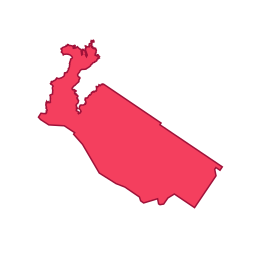 72, Ar Rayyān, Qatar (Mercator projection), rotated 34°
{"feature_id": "91078587B78903366981324", "entity_name": "72", "entity_type": "district", "adm_level": 2, "iso_a3": "QAT", "parent_name": "Qatar", "parent_adm1": "Ar Rayyān", "projection": "mercator", "projection_center": [50.849, 25.539], "detail": "fine", "context": "isolated", "style": "filled", "palette": "rose", "viewbox_px": 256, "rotation_deg": 34, "n_neighbors": 0, "source": "geoboundaries", "source_scale": "gbopen_adm2", "svg_char_len": 5437}
<svg xmlns="http://www.w3.org/2000/svg" viewBox="0 0 256 256"><g transform="rotate(34 128 128)"><path d="M227.9,107.5L152.6,107.5L152.6,105.4L83.4,105.3L83.4,105.6L83.0,105.9L83.0,105.6L82.2,105.8L82.1,106.2L81.5,106.6L81.4,108.3L80.4,108.5L80.4,108.3L79.8,108.4L80.1,109.0L80.3,109.0L80.0,110.6L78.5,111.3L78.6,111.7L79.5,111.8L79.6,112.3L79.8,112.3L80.0,113.1L80.5,114.0L80.8,114.1L80.7,114.8L80.9,115.3L80.2,115.6L79.9,116.1L80.0,116.6L79.2,116.7L79.4,117.3L78.8,117.6L78.8,117.8L78.4,117.8L78.4,118.8L77.9,119.0L78.0,119.6L78.3,119.6L78.5,121.0L78.3,121.8L77.7,121.8L77.7,122.5L77.4,123.4L77.7,125.3L77.4,125.9L77.1,125.9L76.8,126.5L75.9,127.0L76.2,127.9L76.6,128.2L76.6,128.7L77.1,128.7L77.3,129.2L77.8,129.3L78.7,130.2L79.1,130.8L79.3,131.8L79.0,131.8L79.0,132.0L78.7,131.9L78.8,132.4L78.4,133.6L77.8,134.2L76.1,135.3L76.0,136.0L75.7,136.0L76.0,138.0L77.1,139.3L78.8,139.8L79.9,140.6L79.9,140.8L79.6,140.8L79.9,141.6L79.9,142.4L79.0,143.9L78.5,143.7L78.3,142.3L75.4,142.5L75.1,141.7L74.3,140.6L74.9,140.5L75.4,140.1L74.9,140.1L74.2,139.6L74.2,139.4L73.5,139.2L73.0,138.9L72.8,138.4L72.2,138.2L72.0,136.9L72.5,135.8L72.2,134.1L71.6,132.8L70.6,132.7L70.3,132.1L70.0,132.1L69.9,132.4L69.5,132.2L69.5,131.9L68.8,131.6L68.7,131.2L68.9,130.4L68.7,129.5L67.3,129.1L66.5,129.3L66.5,129.5L66.2,129.3L66.1,128.8L65.6,128.8L65.3,129.4L65.1,129.3L65.0,128.8L64.6,129.0L64.6,128.7L63.9,128.4L63.8,127.7L63.4,127.7L63.7,126.8L64.3,126.6L64.3,126.3L61.6,126.3L61.3,127.2L61.1,127.2L59.9,127.0L59.4,126.3L59.6,123.6L60.2,122.2L60.6,119.9L61.3,117.5L61.0,117.2L61.2,116.7L60.5,115.9L60.6,115.4L60.3,115.1L60.4,113.9L60.0,113.2L59.5,113.0L59.2,113.4L58.1,113.2L56.9,112.6L56.4,112.0L56.3,110.3L56.5,108.9L56.2,107.1L56.8,105.4L59.7,103.2L60.1,102.4L60.4,102.3L60.4,101.9L61.5,99.6L62.2,97.3L61.9,96.8L62.0,95.9L62.3,95.3L62.4,94.1L62.5,93.5L63.6,92.1L63.4,91.5L64.1,90.7L64.5,89.5L64.0,88.9L64.0,88.0L64.4,87.7L64.6,87.2L64.3,87.4L64.0,87.1L64.1,86.6L64.6,85.4L64.6,84.8L62.8,84.4L61.9,84.4L61.9,84.2L61.7,84.3L61.6,85.0L62.1,85.7L61.2,85.7L60.4,86.0L60.4,85.7L60.0,85.6L60.1,85.4L59.8,85.3L59.7,84.5L59.2,84.4L59.1,83.8L59.3,83.5L59.2,82.9L58.4,82.1L58.4,81.4L57.3,80.5L56.9,80.4L56.8,80.8L56.2,80.9L56.2,80.2L55.9,80.3L55.5,80.4L55.2,81.0L55.0,81.4L54.3,81.5L53.3,81.4L53.5,80.9L53.2,81.0L52.9,80.2L52.3,80.4L52.3,80.7L52.0,80.6L52.0,80.8L51.7,80.7L51.4,80.4L51.6,80.1L51.4,79.1L50.3,77.3L50.5,76.5L50.7,76.3L50.7,75.8L51.2,75.9L51.1,76.1L51.4,76.0L51.2,75.8L50.6,75.6L50.7,75.2L51.0,74.9L50.4,74.6L50.2,75.2L49.2,75.6L49.3,76.3L49.1,76.7L48.8,76.6L49.0,77.2L49.5,77.5L50.0,78.8L48.9,79.6L48.9,80.2L49.4,80.6L49.5,81.0L50.2,81.4L50.3,82.3L49.8,82.1L49.9,82.5L49.3,83.3L49.1,83.3L48.6,83.6L47.8,83.5L46.7,83.8L46.9,84.1L47.5,84.2L47.8,84.7L48.4,84.7L48.5,85.2L48.3,86.1L48.6,86.7L49.0,86.7L49.9,87.9L50.8,88.3L50.8,88.5L51.1,88.5L51.2,88.8L52.9,89.9L52.8,90.1L53.4,90.6L52.9,90.9L53.4,90.9L53.7,92.1L53.2,91.9L53.2,91.7L52.8,91.7L52.3,91.4L52.1,90.7L51.9,90.7L51.9,90.3L51.3,89.6L51.0,89.6L50.9,89.3L50.7,89.3L50.7,89.0L50.3,89.1L49.6,88.3L48.9,88.1L47.8,88.5L47.3,88.4L47.2,88.0L46.9,88.2L46.9,87.9L46.2,88.3L46.6,89.4L46.8,89.4L47.2,90.3L47.7,90.5L48.4,91.6L49.2,92.3L48.8,93.3L48.1,92.6L48.0,92.1L47.7,92.1L47.3,91.3L46.8,91.2L46.4,90.8L45.8,89.7L44.4,89.2L43.7,89.5L40.5,88.9L40.3,89.5L40.5,89.9L40.4,90.2L40.1,90.3L39.7,91.1L39.1,91.4L38.7,92.1L38.1,92.5L37.7,91.9L37.2,91.6L37.4,91.1L37.9,91.1L38.3,90.5L38.2,90.0L37.8,90.0L38.5,89.9L38.5,89.7L38.2,89.3L37.7,89.2L37.5,89.4L37.8,89.9L37.3,90.1L37.5,90.8L37.2,91.3L36.9,90.9L36.9,90.6L37.3,90.7L37.1,90.5L36.9,90.5L36.3,91.0L34.1,91.8L33.2,92.5L32.3,92.4L32.1,92.2L31.4,92.5L31.5,92.7L31.2,92.9L31.5,93.5L31.2,93.7L31.1,94.3L30.8,94.4L31.1,94.7L31.0,94.9L29.0,97.5L28.8,97.9L28.9,98.4L28.1,99.5L28.5,100.1L29.4,100.2L30.2,101.1L30.2,102.3L32.5,102.7L33.8,104.1L33.5,103.4L33.8,102.7L35.6,101.2L37.3,100.3L39.3,99.8L41.5,100.1L42.3,100.5L42.6,101.0L42.6,101.7L41.9,102.9L42.8,104.4L42.6,105.1L43.1,105.6L43.1,106.4L43.5,106.8L43.4,107.3L44.2,107.9L44.5,108.9L44.8,109.2L45.6,110.9L45.3,111.9L45.4,112.3L45.9,112.5L46.2,114.4L46.0,115.1L46.4,116.0L44.6,117.7L44.6,118.1L45.2,118.4L45.3,119.3L45.7,119.6L45.9,121.0L44.7,123.8L44.1,124.3L43.6,125.2L42.7,125.9L41.7,126.2L41.4,126.2L41.0,126.3L41.1,127.0L40.9,127.1L40.9,127.5L41.2,127.5L41.2,127.9L40.8,128.8L40.7,129.5L40.2,130.0L39.9,131.0L39.3,131.7L39.5,132.0L39.3,132.6L38.8,132.8L38.6,132.6L38.5,133.0L39.2,133.7L39.2,134.3L39.0,134.6L39.4,134.8L41.1,134.7L42.5,135.2L42.5,136.1L42.9,137.2L44.8,139.1L44.8,139.4L45.8,140.9L45.8,141.4L46.4,141.9L45.8,143.3L45.0,144.0L45.1,144.7L46.2,145.4L46.5,146.1L47.2,146.7L47.2,147.3L47.7,147.7L48.4,149.0L49.3,150.0L49.1,150.6L48.3,151.2L47.8,150.8L47.8,151.1L47.3,151.2L47.3,150.9L47.1,151.3L46.9,151.2L46.7,151.8L46.9,152.1L46.7,152.2L45.7,151.5L45.9,152.6L45.9,152.8L45.7,152.7L46.2,153.4L46.8,153.7L46.7,154.3L46.9,154.6L47.5,155.4L47.7,155.5L47.5,155.2L48.4,156.0L48.4,156.5L49.1,156.7L49.2,157.6L50.3,157.9L51.0,158.4L51.1,159.0L50.7,159.7L51.6,160.2L51.8,161.0L51.3,161.9L51.4,162.1L52.1,161.5L51.5,162.5L51.6,162.1L50.0,163.2L47.6,164.4L47.7,169.1L50.8,169.9L60.6,169.7L73.9,161.8L86.4,161.7L86.4,163.6L99.5,167.0L129.4,181.4L149.2,180.8L158.4,178.7L176.1,178.8L179.2,181.3L182.9,181.4L192.1,170.1L195.8,173.8L197.4,173.7L200.1,171.1L200.2,163.7L203.3,156.8L227.7,156.8L227.7,118.4L223.0,113.8L223.0,111.6L227.9,111.6L227.9,107.5Z" fill="#f43f5e" stroke="#9f1239" stroke-width="1.5"/></g></svg>